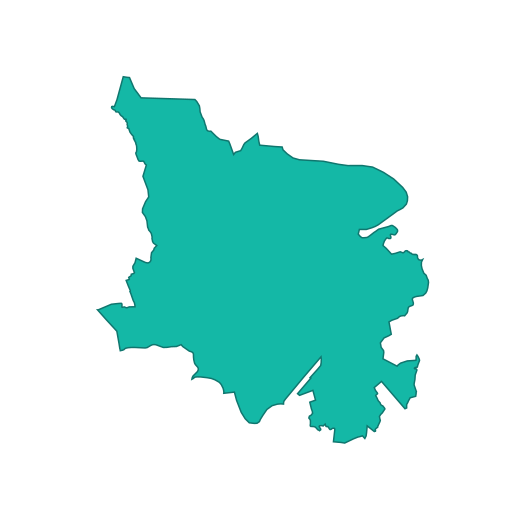 Hue, Thừa Thiên - Huế, Vietnam, rotated 170°
{"feature_id": "81297802B88130440660417", "entity_name": "Hue", "entity_type": "district", "adm_level": 2, "iso_a3": "VNM", "parent_name": "Vietnam", "parent_adm1": "Thừa Thiên - Huế", "projection": "natural_earth1", "projection_center": [107.578, 16.453], "detail": "fine", "context": "isolated", "style": "filled", "palette": "teal", "viewbox_px": 512, "rotation_deg": 170, "n_neighbors": 0, "source": "geoboundaries", "source_scale": "gbopen_adm2", "svg_char_len": 6049}
<svg xmlns="http://www.w3.org/2000/svg" viewBox="0 0 512 512"><g transform="rotate(170 256 256)"><path d="M254.6,105.4L254.2,107.2L253.6,108.3L251.6,110.2L229.3,129.1L209.5,145.4L209.6,143.3L210.3,139.8L211.3,136.9L214.7,134.0L223.9,126.8L223.2,126.2L239.0,113.2L237.3,111.2L223.3,113.8L222.4,103.7L228.4,102.7L228.0,96.1L227.5,93.1L227.6,91.9L227.5,91.4L229.3,89.7L231.2,89.0L232.0,87.5L232.0,86.9L231.2,85.7L231.0,84.5L231.5,81.5L232.0,79.9L232.0,79.1L231.6,78.6L229.5,78.2L228.1,77.7L227.1,77.0L225.3,74.1L224.3,73.5L223.8,72.9L222.5,73.6L222.3,74.3L223.3,76.6L223.4,77.3L222.9,77.8L220.3,77.5L219.5,76.9L217.1,78.4L217.0,77.4L216.6,76.0L216.0,75.7L215.0,75.6L214.4,74.6L213.6,72.7L213.1,72.2L212.0,72.3L211.5,72.7L210.2,73.0L208.6,72.6L208.5,71.5L212.0,59.6L204.9,57.7L201.1,56.4L191.8,59.0L187.1,60.0L184.9,60.1L182.4,60.4L180.5,57.4L178.8,59.7L177.8,62.8L176.0,69.4L170.0,62.6L169.6,62.8L168.9,62.7L168.6,63.0L168.8,64.3L168.2,65.0L166.9,65.8L166.0,66.1L165.6,67.2L162.8,71.2L162.1,72.6L162.3,73.7L162.3,76.6L160.7,78.3L158.8,79.6L155.6,83.0L155.8,83.8L157.1,86.3L158.3,87.2L159.0,88.1L159.3,89.9L160.8,92.3L161.7,95.9L162.4,97.6L162.2,98.0L160.2,99.3L160.3,100.1L161.7,102.9L162.4,105.9L154.2,110.7L135.8,79.7L134.0,80.2L133.8,81.6L133.4,83.6L132.0,85.3L131.2,86.6L128.8,89.6L123.1,90.1L122.2,92.7L122.1,93.7L121.6,94.4L122.7,101.6L122.4,102.9L120.9,106.9L119.9,111.1L117.3,115.8L117.7,116.9L119.3,117.4L119.5,118.0L118.7,118.5L116.4,118.6L115.6,120.5L113.1,124.7L113.1,126.0L113.9,128.9L114.7,130.6L115.7,129.4L116.2,126.8L116.6,125.5L125.3,126.4L126.8,126.2L132.2,125.4L135.0,124.0L136.2,123.0L148.8,132.7L146.9,138.8L146.8,140.7L148.6,144.3L148.6,148.9L144.1,153.1L139.1,154.4L136.4,155.4L136.5,168.0L133.5,169.1L127.4,170.1L125.1,171.5L123.6,171.8L121.3,171.7L120.0,171.3L117.1,173.7L116.3,175.0L115.7,176.9L115.0,178.7L114.4,179.3L113.0,179.8L111.1,180.1L109.9,180.5L109.4,181.4L109.2,182.5L109.6,186.2L109.2,187.2L108.2,187.7L107.0,188.1L104.8,188.3L98.4,188.1L95.3,190.0L93.8,191.9L92.4,194.8L90.7,200.0L90.6,202.3L91.2,204.0L91.8,207.5L93.7,209.9L94.7,214.7L94.8,218.0L94.1,221.3L92.5,223.6L93.8,223.2L94.5,223.3L96.1,223.9L96.8,224.9L97.2,226.1L97.0,228.5L97.7,229.5L98.6,229.9L99.2,229.6L100.1,230.3L100.8,230.1L101.8,230.6L102.7,231.8L103.5,232.0L104.1,232.8L104.3,233.2L105.7,233.9L105.8,234.7L106.8,235.1L108.0,235.1L109.8,233.8L110.6,233.6L111.5,234.0L111.9,234.4L112.8,234.7L113.2,235.1L118.4,234.4L122.2,234.3L126.5,241.0L129.1,244.2L128.4,246.0L126.8,248.6L125.0,250.4L124.3,251.0L123.3,250.9L122.1,250.1L120.7,249.9L120.0,250.4L119.9,251.7L120.1,253.4L119.4,254.1L117.6,253.5L116.3,252.8L115.3,252.8L114.2,253.6L112.4,255.5L112.1,256.8L112.3,257.6L113.8,259.9L116.3,262.3L117.6,262.6L120.4,262.0L130.6,261.1L133.8,259.5L135.7,258.7L140.8,256.0L142.9,255.1L143.8,255.0L147.2,255.3L148.4,255.6L149.0,256.1L150.1,257.4L151.5,259.8L149.6,264.2L142.7,263.0L137.0,263.7L133.5,264.4L130.2,265.5L109.0,275.9L105.6,276.9L102.9,277.9L98.9,281.0L97.3,284.1L96.4,288.0L97.0,292.8L99.6,298.0L107.0,307.9L115.9,316.2L125.7,323.3L135.6,326.6L149.9,329.1L158.9,332.0L173.2,337.6L196.5,343.2L202.5,346.1L207.5,351.1L211.0,355.9L211.3,358.8L218.4,360.5L233.1,364.5L233.3,368.4L233.1,373.5L233.4,376.5L240.3,372.6L247.3,369.2L248.7,367.8L251.0,364.5L252.8,362.4L258.3,361.7L260.4,359.8L262.3,370.9L263.0,373.9L271.4,377.2L274.4,380.6L278.8,386.8L279.8,386.8L281.4,387.4L281.9,387.8L282.5,388.6L282.7,389.3L282.9,392.7L283.3,394.5L283.6,398.2L284.0,399.9L285.0,402.2L286.0,407.6L285.7,411.1L285.7,413.7L287.5,418.4L289.0,420.7L341.7,431.7L346.9,442.0L349.6,453.7L352.1,454.4L355.6,455.6L365.8,434.0L369.5,427.7L371.4,428.3L372.1,428.2L372.5,427.1L371.9,425.9L370.6,424.6L370.0,424.5L369.2,423.5L369.2,422.7L368.8,422.2L367.2,421.9L366.5,421.6L365.6,420.2L365.4,419.2L365.0,418.4L364.3,417.4L363.2,416.4L362.0,413.8L361.6,413.4L360.7,413.4L360.2,413.2L360.2,412.4L360.7,412.0L360.7,411.3L359.8,410.1L359.7,409.1L360.1,407.8L359.8,406.4L359.9,405.8L360.5,404.9L360.5,404.5L359.2,403.7L358.6,399.9L357.3,397.2L356.1,395.3L355.9,394.7L356.2,393.9L356.2,393.1L355.9,392.5L355.5,392.2L355.9,391.8L355.3,390.3L355.2,389.5L354.7,388.9L354.8,388.5L354.8,386.9L354.5,386.4L354.6,385.3L354.5,384.8L354.9,381.6L355.6,379.4L356.5,378.3L356.4,376.5L356.2,375.9L355.4,371.5L354.7,369.8L353.6,369.4L350.9,369.1L350.4,368.8L350.1,368.6L349.3,366.0L348.2,364.6L353.5,354.1L350.9,340.0L351.4,332.8L355.3,328.7L359.5,322.2L360.3,318.6L358.1,314.0L357.3,309.6L357.7,303.2L357.2,301.2L357.2,300.3L355.9,298.1L355.2,296.3L355.0,292.7L355.4,291.3L355.3,288.1L354.7,286.5L351.9,283.5L354.9,281.3L355.6,279.7L358.3,277.4L359.8,272.7L359.9,271.3L360.4,269.7L361.6,268.5L362.8,268.0L364.0,268.0L366.0,268.8L374.4,274.6L376.3,270.4L379.0,267.3L379.4,265.3L378.6,260.7L379.5,260.0L382.0,259.7L382.4,258.2L384.8,257.2L385.1,256.9L384.7,255.3L385.0,254.9L388.1,254.5L387.0,248.9L385.8,243.7L385.9,243.2L386.3,243.0L385.8,240.7L384.6,233.3L383.9,231.3L383.8,228.6L384.0,227.0L389.7,227.9L392.1,227.4L392.8,227.6L394.5,228.7L396.6,228.7L396.8,228.8L396.9,229.1L396.4,231.6L396.5,232.4L396.6,232.6L396.9,232.8L398.4,233.0L400.5,233.2L406.8,233.6L420.6,230.4L421.4,230.5L415.1,220.2L406.1,206.1L406.1,193.2L406.2,188.3L406.1,187.8L406.1,186.3L403.9,186.4L402.4,186.7L401.2,187.5L400.2,187.8L397.9,187.9L394.8,187.6L391.7,187.1L381.2,184.7L379.1,184.7L375.1,186.2L373.4,186.6L371.8,186.5L370.0,186.0L363.1,182.0L359.5,181.5L355.1,181.4L350.1,180.7L345.1,181.7L343.9,179.6L338.2,173.9L336.2,172.9L335.3,172.1L334.7,171.1L334.7,169.9L335.1,167.4L335.3,164.7L335.1,161.2L334.6,159.7L332.6,156.4L332.4,155.1L332.8,153.6L333.8,152.3L338.8,148.8L339.8,147.5L340.5,145.8L338.7,146.4L337.6,147.2L336.6,147.3L334.5,147.1L331.5,146.5L325.1,144.6L321.3,143.2L317.9,141.2L314.2,138.1L313.3,136.8L312.5,135.3L311.4,131.6L311.2,129.6L311.3,127.4L311.6,126.4L300.9,125.7L300.2,117.2L297.7,104.6L294.9,97.6L291.6,92.9L286.6,91.4L284.0,91.1L281.4,92.3L280.1,94.3L277.0,97.8L271.9,103.0L266.1,105.8L260.7,106.4L257.3,106.1L254.6,105.4Z" fill="#14b8a6" stroke="#0f766e" stroke-width="1.5"/></g></svg>